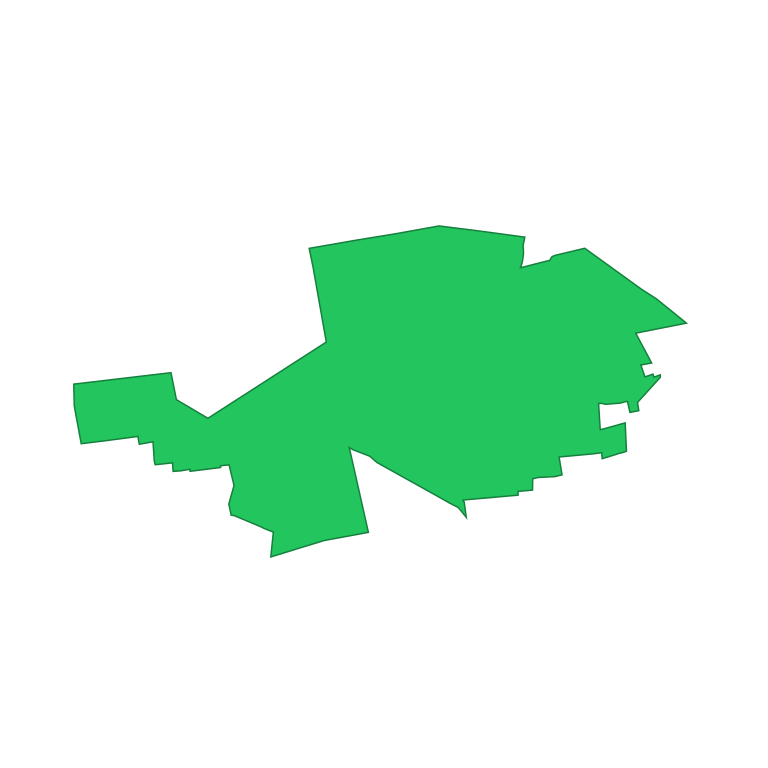 the district of Kopomá, Yucatán, Mexico, rotated 343°
{"feature_id": "50627088B35355402430681", "entity_name": "Kopomá", "entity_type": "district", "adm_level": 2, "iso_a3": "MEX", "parent_name": "Mexico", "parent_adm1": "Yucatán", "projection": "mercator", "projection_center": [-89.902, 20.644], "detail": "fine", "context": "isolated", "style": "filled", "palette": "green", "viewbox_px": 768, "rotation_deg": 343, "n_neighbors": 0, "source": "geoboundaries", "source_scale": "gbopen_adm2", "svg_char_len": 1508}
<svg xmlns="http://www.w3.org/2000/svg" viewBox="0 0 768 768"><g transform="rotate(343 384 384)"><path d="M350.3,251.7L341.1,327.0L205.6,365.3L180.9,338.3L183.6,310.9L87.3,293.4L84.3,304.0L81.5,314.0L81.0,317.6L77.0,352.6L96.0,355.9L96.2,356.0L133.3,362.2L132.4,370.1L146.2,371.7L141.8,390.5L141.6,394.3L158.7,397.6L156.8,405.9L164.2,407.6L173.4,408.8L173.0,410.8L203.3,416.1L203.7,414.4L212.2,416.0L210.9,437.2L200.5,453.4L199.5,464.8L202.3,466.1L225.1,485.1L227.1,487.1L228.8,488.4L228.9,488.5L232.9,491.7L234.9,493.2L225.2,516.3L253.4,516.2L281.1,516.2L325.7,521.3L332.2,434.7L335.4,438.0L349.4,449.0L354.2,456.9L403.6,508.3L410.7,515.8L411.1,516.2L411.1,516.3L418.9,523.8L423.7,535.6L426.2,520.3L425.5,518.7L425.8,518.1L479.7,529.5L480.8,525.9L495.0,528.9L498.5,518.2L503.7,518.4L520.6,522.6L527.7,522.9L530.1,505.0L563.3,511.9L572.1,513.4L570.8,519.2L584.0,519.2L589.8,519.1L590.9,519.4L596.2,519.2L603.3,491.7L577.4,491.0L583.5,465.4L586.1,466.0L590.0,468.2L604.5,471.4L610.5,471.5L611.7,472.0L610.9,483.1L619.9,484.0L621.0,475.8L650.3,458.3L650.8,456.0L644.2,456.4L644.1,453.2L635.6,453.5L635.2,440.9L646.1,442.2L639.6,409.0L691.0,414.2L669.4,382.2L657.8,368.5L615.7,312.9L585.5,311.0L582.2,311.3L581.2,311.8L578.6,314.3L575.0,314.0L548.5,312.7L551.0,309.3L552.9,305.9L555.5,300.1L557.0,294.8L557.2,292.9L561.6,284.7L520.0,265.6L483.2,249.1L482.7,248.9L472.5,247.7L467.5,247.1L467.4,247.1L435.8,243.3L400.9,238.5L352.1,232.4L350.3,251.7Z" fill="#22c55e" stroke="#15803d" stroke-width="1.5"/></g></svg>